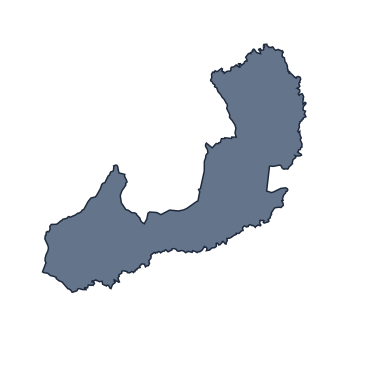 Dourados, Mato Grosso do Sul, Brazil, rotated 316°
{"feature_id": "56859067B88197620775850", "entity_name": "Dourados", "entity_type": "district", "adm_level": 2, "iso_a3": "BRA", "parent_name": "Brazil", "parent_adm1": "Mato Grosso do Sul", "projection": "albers", "projection_center": [-54.825, -22.161], "detail": "fine", "context": "isolated", "style": "filled", "palette": "slate", "viewbox_px": 384, "rotation_deg": 316, "n_neighbors": 0, "source": "geoboundaries", "source_scale": "gbopen_adm2", "svg_char_len": 6071}
<svg xmlns="http://www.w3.org/2000/svg" viewBox="0 0 384 384"><g transform="rotate(316 192 192)"><path d="M262.4,257.0L262.8,256.0L262.4,254.2L261.8,253.7L258.4,251.1L250.1,248.4L248.6,247.4L246.4,243.1L265.4,227.5L266.3,227.6L268.2,230.0L273.8,233.6L274.3,234.9L273.5,237.4L273.6,238.5L274.1,239.5L276.0,240.8L276.4,241.7L277.4,242.1L278.8,241.4L284.0,241.4L284.4,240.6L287.3,238.9L290.4,239.3L291.1,238.8L291.5,237.5L291.8,238.4L295.0,241.2L296.5,241.5L296.7,240.3L295.9,238.2L296.3,237.5L295.8,236.7L298.2,235.8L299.4,236.7L301.2,235.6L302.2,236.1L304.6,233.7L306.0,229.9L306.9,229.1L308.0,229.1L309.6,225.4L311.7,223.2L310.1,223.2L310.2,221.8L314.3,220.0L316.0,217.7L317.9,217.2L318.3,216.5L320.6,217.0L321.0,216.4L322.8,216.7L323.5,216.0L326.2,217.0L326.9,215.2L326.8,214.0L329.8,212.7L328.8,210.5L330.1,208.8L331.7,207.9L335.3,207.6L335.8,207.0L335.6,205.9L333.0,205.9L335.1,203.4L336.4,202.9L336.7,202.0L338.3,201.3L338.9,200.1L339.5,197.8L337.5,196.7L336.3,196.9L336.3,195.9L337.0,195.0L339.2,194.8L340.5,193.2L339.6,190.3L341.3,191.0L343.1,190.8L343.9,188.5L344.7,187.8L345.8,188.2L346.3,187.3L348.5,186.4L349.2,185.3L349.4,184.3L348.5,182.5L346.8,181.9L346.2,182.5L345.7,181.8L345.5,174.8L344.3,174.2L344.6,173.4L345.7,173.3L345.6,172.4L345.0,171.5L346.1,170.6L346.4,169.5L348.3,167.4L349.3,164.7L349.4,162.9L351.6,159.8L351.5,158.6L350.9,158.0L351.2,157.1L352.7,155.4L354.7,154.8L355.0,153.7L354.3,154.0L354.2,151.7L353.4,151.0L353.4,149.8L352.4,148.9L350.6,148.3L350.4,146.3L350.9,144.3L350.5,143.3L349.7,143.5L348.7,142.1L348.0,141.8L347.7,139.1L348.5,137.7L346.2,135.8L345.4,136.1L345.5,137.4L344.6,138.0L344.1,137.4L342.6,139.3L341.5,139.2L340.4,138.5L340.7,136.3L339.3,135.7L338.6,136.0L339.1,137.2L337.4,140.2L335.3,136.5L335.9,132.6L335.3,131.9L333.7,132.2L333.8,132.9L333.1,133.1L331.1,132.4L330.5,133.3L329.5,132.0L328.7,131.7L324.3,132.3L323.4,135.2L322.5,136.0L321.9,135.1L320.3,134.8L318.7,135.6L315.4,135.1L316.0,133.4L314.7,132.1L313.3,135.5L312.5,135.0L312.7,134.0L311.9,132.6L312.6,132.1L312.1,131.3L308.8,131.0L307.1,129.6L305.6,130.1L305.0,131.2L303.7,131.6L301.0,129.5L297.6,129.0L298.4,127.5L297.6,126.8L297.5,125.9L299.4,124.6L299.2,123.6L294.1,123.0L293.5,122.7L292.8,120.8L290.9,121.5L290.6,120.3L289.7,120.3L287.8,120.9L285.7,123.5L283.0,124.5L282.7,125.4L283.1,126.6L282.4,128.6L282.9,130.6L282.5,131.4L281.5,131.7L281.4,132.5L282.2,134.0L280.4,138.0L280.3,141.8L279.5,144.6L279.5,147.8L278.3,151.9L278.4,153.0L277.4,154.5L275.0,156.0L272.9,162.5L270.8,164.4L270.5,168.8L269.6,173.2L268.0,176.5L263.9,179.5L261.9,183.3L258.8,180.1L257.7,181.0L253.3,175.8L252.7,176.3L250.2,174.1L246.9,176.0L245.4,175.2L244.6,175.6L243.0,173.9L237.2,174.3L236.3,166.8L234.9,167.2L233.4,168.7L232.5,172.4L230.5,175.0L228.6,174.9L227.2,175.5L225.2,177.1L222.2,178.5L215.3,185.5L200.3,195.5L198.5,194.7L197.7,197.2L190.0,202.6L189.0,202.1L177.2,200.3L173.8,199.2L169.1,196.3L163.4,189.5L153.9,186.7L152.4,182.3L147.7,177.0L145.6,176.7L140.8,180.0L135.6,181.7L134.9,178.3L135.6,175.8L136.3,174.8L136.4,170.1L136.8,168.9L136.4,167.5L134.1,164.6L133.6,161.1L132.2,158.7L133.6,150.8L137.6,145.1L138.6,144.3L142.6,142.4L149.1,141.1L150.3,139.7L152.2,139.7L152.8,138.7L154.5,133.6L155.9,132.7L152.7,127.5L156.4,121.7L156.4,120.4L155.6,119.5L153.7,118.8L153.4,119.5L150.4,121.9L149.5,122.1L147.5,121.1L146.8,121.3L144.4,122.5L142.8,122.2L135.8,124.8L134.2,123.9L132.4,123.9L128.3,126.0L120.9,128.2L119.1,128.4L115.1,126.1L110.6,126.7L102.1,129.4L100.6,128.8L98.6,129.2L95.8,128.7L95.2,127.9L92.1,127.5L86.7,125.5L86.5,124.2L85.5,123.8L83.8,124.0L79.9,121.8L79.0,122.1L77.3,121.6L73.3,121.4L71.9,120.9L68.3,117.6L66.4,117.8L65.5,118.3L64.4,119.9L61.7,121.1L60.7,120.8L60.5,119.9L59.2,119.7L56.9,121.7L56.3,121.4L53.6,123.5L51.0,130.8L49.8,132.6L47.5,134.2L43.3,135.8L40.1,137.8L38.4,139.6L37.9,141.4L29.0,145.6L29.2,146.7L31.7,150.2L32.1,153.7L34.0,156.7L35.0,159.1L34.2,159.9L34.6,163.3L36.0,166.4L35.5,175.5L36.1,176.1L36.6,178.6L36.1,180.9L40.4,183.1L42.9,182.5L43.8,183.2L45.3,186.0L48.0,188.7L48.5,187.7L47.9,186.7L48.5,186.3L50.3,188.4L52.9,186.8L54.5,189.1L55.5,189.3L56.0,190.5L58.3,190.1L58.7,188.8L57.6,187.2L58.5,186.6L59.8,187.8L61.8,188.4L61.6,189.3L62.2,189.6L63.0,192.1L65.3,193.8L63.6,196.3L65.2,200.2L66.2,200.1L66.8,200.7L66.9,202.3L66.2,204.0L66.6,205.2L70.5,203.4L73.7,203.8L73.9,202.6L75.0,201.1L75.4,202.0L74.7,202.8L76.0,203.7L76.6,206.0L77.3,206.3L78.7,202.9L79.3,202.2L81.1,202.1L81.6,200.8L85.2,201.5L86.3,200.4L87.6,200.6L90.0,204.1L89.5,205.0L90.8,206.7L93.7,207.5L94.0,209.3L94.7,209.0L95.7,209.6L96.8,208.8L98.4,209.6L99.1,209.1L100.2,209.2L102.3,210.3L102.9,208.8L104.8,209.0L105.7,208.7L107.6,210.8L106.5,213.5L107.8,213.6L109.6,214.7L112.0,213.7L113.0,211.5L116.4,211.1L118.0,209.8L118.3,208.8L122.5,209.2L123.4,209.8L123.1,210.5L124.1,210.7L124.7,211.5L126.6,211.6L127.2,212.6L127.1,213.9L129.6,214.3L131.3,215.4L132.7,215.0L133.1,215.7L133.2,218.4L137.3,219.7L137.7,219.0L139.4,219.8L140.7,221.9L140.5,224.4L141.7,225.7L143.9,226.8L145.0,228.6L145.3,231.3L148.0,232.0L150.2,235.5L151.6,234.7L153.0,236.9L153.6,239.2L155.4,239.5L156.1,240.4L159.1,240.9L162.8,239.8L162.6,240.6L163.5,241.0L163.8,242.3L163.0,243.5L161.6,244.2L164.4,246.0L167.3,246.0L169.7,247.8L171.7,248.0L173.7,245.8L174.5,246.1L174.9,246.8L174.3,248.5L175.4,249.3L178.6,249.2L179.3,248.6L180.1,249.1L179.9,252.5L180.3,253.1L182.1,251.9L183.6,251.5L184.8,249.7L186.8,251.2L188.6,251.9L192.1,252.3L194.4,253.3L195.1,252.4L197.0,254.4L200.9,254.4L202.0,255.2L203.6,252.7L205.7,252.7L206.4,253.1L206.8,254.9L208.6,255.9L209.3,255.2L211.4,256.0L211.7,257.6L212.8,258.8L213.0,261.4L213.9,261.1L216.6,261.7L217.7,263.8L218.6,263.6L218.8,262.2L219.4,261.2L220.8,259.8L221.5,259.7L221.8,260.6L223.5,261.8L223.9,262.6L222.1,263.4L222.3,264.5L226.1,266.4L227.1,266.4L227.6,264.7L230.1,265.0L231.8,263.8L233.9,263.3L234.3,262.2L239.9,260.9L240.8,261.1L243.7,263.1L245.3,265.0L248.5,265.0L250.1,262.6L250.0,261.7L250.6,260.6L251.7,261.3L252.4,259.7L255.8,257.9L259.0,257.6L259.9,256.8L261.1,257.5L262.4,257.0Z" fill="#64748b" stroke="#1e293b" stroke-width="1.5"/></g></svg>